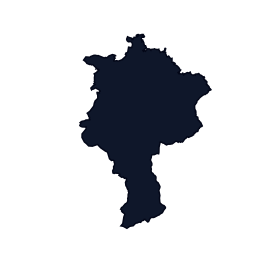 outline of Trim Lea-6, Meath, Ireland, rotated 300°
{"feature_id": "5873133B65979893592853", "entity_name": "Trim Lea-6", "entity_type": "district", "adm_level": 2, "iso_a3": "IRL", "parent_name": "Ireland", "parent_adm1": "Meath", "projection": "albers", "projection_center": [-6.857, 53.512], "detail": "fine", "context": "isolated", "style": "filled", "palette": "ink", "viewbox_px": 256, "rotation_deg": 300, "n_neighbors": 0, "source": "geoboundaries", "source_scale": "gbopen_adm2", "svg_char_len": 5866}
<svg xmlns="http://www.w3.org/2000/svg" viewBox="0 0 256 256"><g transform="rotate(300 128 128)"><path d="M216.3,93.9L216.0,93.3L215.6,93.3L214.8,92.4L214.8,92.0L213.4,90.7L214.1,90.3L213.5,89.4L212.4,88.9L211.8,89.6L213.0,90.4L212.7,90.9L211.5,90.3L211.2,89.6L210.2,89.0L209.5,87.9L209.1,88.1L207.9,87.7L207.1,88.1L206.9,87.8L206.5,87.1L207.6,86.3L206.9,83.5L206.8,82.0L204.3,82.4L203.2,83.5L202.9,84.8L202.9,85.3L204.0,86.9L204.2,87.9L204.0,88.6L203.0,89.8L202.0,90.4L199.4,91.0L198.3,88.1L193.7,89.8L192.3,89.3L192.0,88.8L190.5,88.9L190.1,90.2L188.6,90.1L184.6,88.8L184.5,89.0L181.5,86.6L181.0,85.9L180.6,84.5L179.5,83.2L179.0,82.1L179.5,81.8L180.3,81.9L181.2,81.6L182.1,81.9L182.2,81.6L182.1,81.2L182.8,80.2L184.3,81.1L184.5,80.3L183.8,77.8L180.8,75.4L178.7,74.8L177.9,73.9L177.7,73.0L176.8,72.6L175.8,65.9L175.2,65.2L174.7,63.5L174.0,62.2L171.2,59.9L170.2,59.6L168.5,56.0L164.6,55.6L164.4,57.4L164.0,58.9L163.4,60.1L163.8,63.0L164.4,63.7L164.5,65.0L165.3,65.8L164.1,70.8L163.8,70.6L163.2,70.7L163.8,71.4L163.5,73.4L164.0,73.3L164.0,73.5L163.0,73.8L161.7,73.0L160.7,73.2L158.0,71.6L157.4,72.5L156.7,73.1L155.1,73.6L151.5,75.8L151.3,75.7L150.8,76.6L149.3,76.3L149.1,77.7L147.7,76.9L144.0,75.9L142.8,77.4L143.8,77.7L144.3,78.5L146.6,79.9L146.5,81.3L146.6,83.6L146.2,85.1L145.8,85.4L145.0,85.1L144.2,85.3L143.9,85.6L143.7,85.1L143.7,83.9L143.3,83.4L142.2,84.2L141.3,85.4L138.6,87.0L134.8,86.0L134.3,86.1L133.8,86.6L133.0,86.3L129.9,87.4L123.4,86.6L120.4,85.3L119.7,86.8L118.3,88.4L118.1,89.4L117.1,89.6L116.5,90.0L116.4,90.6L115.9,90.8L113.9,87.6L112.1,86.6L111.6,85.6L110.3,84.7L110.3,84.4L108.8,83.9L108.8,84.6L106.0,85.1L105.8,86.5L106.0,86.9L106.0,87.7L107.9,91.3L106.2,92.2L99.9,91.2L96.8,92.9L94.1,97.2L93.7,99.8L92.8,102.9L94.5,106.3L98.5,109.8L97.2,114.2L96.7,119.8L96.9,122.3L92.1,127.4L91.6,129.9L92.3,130.5L92.7,131.5L92.7,132.6L91.8,132.8L90.2,134.5L88.7,134.9L87.4,134.8L85.8,135.9L83.1,136.2L82.3,137.1L81.6,137.3L81.7,138.7L82.5,139.3L83.9,142.2L83.9,144.0L82.5,143.8L82.2,146.6L82.2,147.3L83.3,148.3L82.6,150.0L83.4,150.9L83.5,152.0L81.8,152.7L81.3,153.5L80.8,152.9L79.7,153.0L77.3,154.8L76.8,155.4L76.3,156.5L75.4,157.4L75.1,157.9L75.2,158.3L74.8,158.3L74.3,159.5L73.5,159.8L72.6,160.9L71.5,161.4L71.2,161.2L70.3,161.5L68.2,162.7L67.0,162.9L65.5,164.0L63.4,164.6L62.0,164.3L61.0,163.6L56.5,162.8L56.0,162.2L54.2,162.3L54.3,162.5L54.0,162.8L53.6,163.7L52.8,164.1L52.7,165.3L52.3,165.3L52.1,167.6L51.7,168.4L48.9,168.9L42.6,171.3L39.7,170.8L40.5,173.0L40.6,177.2L43.8,178.7L46.0,181.4L48.6,182.0L49.7,182.6L50.6,183.7L51.1,183.9L52.6,185.4L52.5,185.9L52.8,186.2L54.3,186.2L55.9,187.7L56.7,187.5L57.4,188.3L57.1,189.0L57.1,189.3L56.5,192.0L57.2,192.6L60.7,192.3L62.2,192.9L63.3,194.9L64.3,195.7L67.5,197.7L68.4,198.5L69.8,198.9L71.8,200.1L74.9,200.0L77.3,200.4L78.1,200.0L78.8,198.0L78.5,196.3L78.9,194.0L79.3,192.9L83.0,190.3L85.5,189.3L89.4,185.8L92.2,185.4L93.3,184.9L95.6,181.5L95.8,179.6L96.2,178.8L96.9,178.0L98.9,177.1L99.8,176.4L100.3,175.0L100.3,173.6L101.1,172.4L101.2,170.6L101.7,170.0L102.9,169.1L104.0,168.8L105.9,167.0L107.7,167.2L109.0,166.5L109.7,165.8L110.9,164.0L111.8,163.3L113.9,162.9L116.6,161.9L118.2,164.2L120.5,165.8L121.0,167.4L122.2,167.0L126.8,164.5L131.8,162.9L132.3,163.6L132.5,164.9L132.4,165.7L132.9,167.0L132.6,167.9L132.6,169.8L134.0,170.8L135.0,172.5L136.5,174.3L140.5,176.0L140.9,177.0L140.7,177.8L141.0,178.1L140.9,178.6L141.4,178.6L141.8,179.0L141.9,180.5L142.6,180.6L142.7,181.2L143.0,182.1L144.0,182.4L146.7,182.6L148.4,183.4L149.4,183.4L150.2,183.8L150.3,184.6L150.1,184.8L150.3,185.3L151.1,185.7L152.9,187.1L153.0,187.3L153.6,187.4L154.9,188.2L156.4,187.7L156.7,188.4L157.7,188.4L158.1,188.8L158.5,188.6L159.1,188.7L159.8,190.0L160.5,190.1L161.7,189.6L162.6,189.6L163.3,190.0L164.1,189.7L165.5,190.5L165.9,190.4L166.2,191.1L166.9,191.3L169.2,188.1L169.3,187.0L169.8,186.2L170.0,184.7L172.2,183.0L172.1,180.4L173.4,180.4L175.3,178.5L175.4,179.0L176.6,178.2L177.3,177.0L178.2,176.0L180.8,174.4L184.4,174.7L186.4,174.1L188.1,174.8L189.0,174.7L191.0,175.3L193.9,176.5L195.6,177.6L195.6,178.0L197.0,178.5L197.3,179.0L199.7,179.5L200.6,179.2L200.7,178.9L202.1,180.5L202.6,180.7L203.0,179.8L203.3,178.4L204.2,177.6L204.5,176.9L204.8,175.8L204.8,175.0L205.1,175.0L205.2,174.7L205.1,174.0L206.6,173.7L206.9,173.2L207.4,173.2L207.5,172.3L208.0,171.7L207.6,171.1L208.4,170.0L208.2,169.8L208.1,169.2L209.5,168.5L209.9,168.9L210.4,168.2L209.6,167.4L210.0,166.6L210.2,165.0L209.9,164.0L210.5,162.1L210.2,162.0L208.3,159.4L207.3,159.8L207.2,158.9L206.9,158.4L206.3,158.4L206.1,158.1L206.1,155.6L207.5,153.9L205.8,153.1L205.9,152.4L205.6,151.6L204.4,150.8L203.8,150.8L203.3,149.9L202.4,150.0L201.7,149.6L202.6,148.7L202.9,148.0L201.4,147.4L201.1,146.9L201.0,146.6L201.1,146.1L200.8,145.7L201.3,145.1L200.5,144.7L201.0,143.6L203.2,144.5L204.4,144.6L204.3,144.3L205.7,141.8L206.3,139.6L206.3,137.5L206.0,136.3L207.3,136.6L207.6,135.9L207.2,135.0L207.5,134.9L207.5,134.4L207.1,134.0L206.9,133.2L210.3,131.3L209.6,130.6L209.6,129.5L210.6,127.3L209.1,126.4L209.2,125.8L210.3,124.7L210.7,123.6L211.9,123.1L212.3,122.8L212.1,122.2L213.2,121.4L213.7,121.4L213.3,120.8L212.1,121.1L212.2,120.7L212.6,120.7L212.2,120.2L211.5,120.5L211.5,121.0L211.3,120.9L211.3,120.1L211.6,119.9L209.6,118.2L210.0,117.9L211.1,115.6L211.6,115.3L210.3,113.8L210.2,112.9L209.8,112.3L209.8,111.3L209.1,110.8L207.6,108.7L206.7,108.9L207.2,107.1L206.4,105.4L206.1,105.1L205.4,105.3L204.7,104.9L203.2,104.8L203.3,103.9L203.1,103.5L202.1,103.1L202.5,102.2L206.6,103.8L208.0,102.1L207.5,101.3L208.4,100.1L209.7,99.1L210.8,97.6L209.9,97.0L211.4,96.5L210.9,95.9L211.5,95.3L211.6,95.0L213.4,94.4L214.5,96.4L215.5,96.4L215.6,95.7L215.8,95.8L216.1,95.4L216.0,94.8L216.1,94.6L215.9,94.5L216.3,94.4L216.1,94.2L216.3,93.9ZM214.1,119.9L214.7,120.8L215.5,121.0L215.7,120.7L215.4,120.3L214.8,120.7L214.1,119.9Z" fill="#0f172a" stroke="#020617" stroke-width="1.5"/></g></svg>